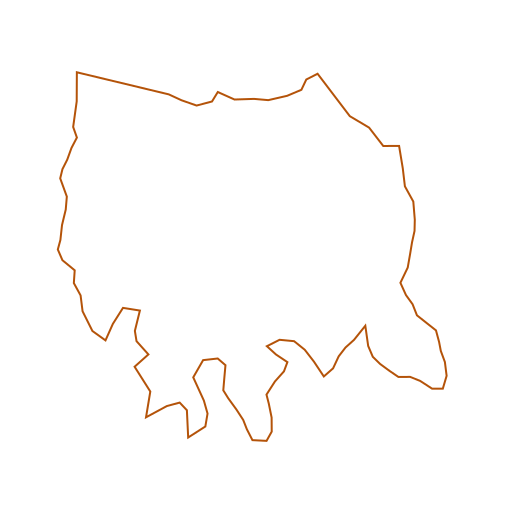 outline of Bom Progresso, Rio Grande do Sul, Brazil, rotated 97°
{"feature_id": "56859067B54458267467801", "entity_name": "Bom Progresso", "entity_type": "district", "adm_level": 2, "iso_a3": "BRA", "parent_name": "Brazil", "parent_adm1": "Rio Grande do Sul", "projection": "natural_earth1", "projection_center": [-53.832, -27.54], "detail": "fine", "context": "isolated", "style": "outline", "palette": "amber", "viewbox_px": 512, "rotation_deg": 97, "n_neighbors": 0, "source": "geoboundaries", "source_scale": "gbopen_adm2", "svg_char_len": 1488}
<svg xmlns="http://www.w3.org/2000/svg" viewBox="0 0 512 512"><g transform="rotate(97 256 256)"><path d="M358.7,99.9L357.2,88.3L360.0,77.8L366.2,65.1L364.9,54.4L351.7,52.2L338.2,55.6L327.7,61.0L319.0,63.8L307.9,68.3L301.7,78.5L295.3,89.0L284.8,94.7L276.5,102.4L265.0,109.4L249.0,104.0L235.5,103.3L223.5,102.8L211.8,101.7L200.7,102.8L191.5,104.7L182.8,106.5L168.7,116.7L151.1,121.0L129.3,127.4L131.3,143.1L114.8,159.4L105.8,179.9L67.6,217.1L74.7,227.6L85.5,231.2L93.2,244.6L99.8,262.8L100.3,277.1L103.3,296.4L97.9,313.9L108.0,318.5L113.9,333.3L110.5,348.9L106.2,362.3L95.5,456.2L124.4,452.8L150.2,453.2L160.3,448.2L171.2,452.3L183.4,455.1L193.4,458.7L202.8,459.8L220.1,451.0L233.1,450.5L248.9,452.3L263.9,452.1L273.7,453.5L283.8,447.6L292.3,434.2L305.1,433.5L316.5,425.3L332.0,421.4L350.4,409.2L358.1,395.1L340.8,389.8L323.7,381.7L324.3,364.6L345.1,367.1L355.1,364.2L366.8,350.8L380.7,363.0L403.4,344.4L429.5,345.5L415.8,326.2L410.8,313.9L417.5,305.8L444.4,301.2L431.4,285.5L418.3,284.9L405.9,290.1L384.1,303.5L365.8,295.8L362.4,281.5L368.1,273.0L380.3,272.6L393.3,272.1L400.6,266.2L410.8,256.7L420.3,248.7L429.0,244.0L439.2,237.1L438.2,223.0L428.4,219.0L414.5,220.8L401.0,225.3L392.3,228.7L378.2,221.9L367.1,214.2L357.5,211.9L351.3,224.2L344.2,234.2L336.3,222.4L335.9,207.8L343.1,196.2L353.8,185.6L367.3,174.0L358.1,165.8L345.5,161.7L335.9,156.0L327.3,148.5L311.9,139.0L331.6,133.7L341.8,127.8L348.0,119.7L353.8,109.4L358.7,99.9Z" fill="none" stroke="#b45309" stroke-width="2"/></g></svg>